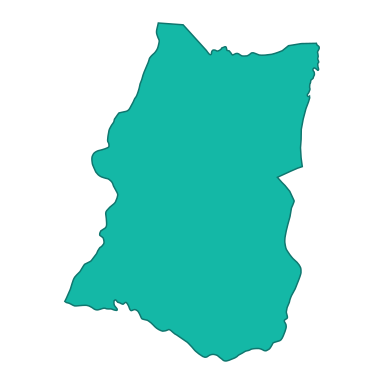 Aramecina, Valle, Honduras
{"feature_id": "27666195B66529854122091", "entity_name": "Aramecina", "entity_type": "district", "adm_level": 2, "iso_a3": "HND", "parent_name": "Honduras", "parent_adm1": "Valle", "projection": "robinson", "projection_center": [-87.695, 13.733], "detail": "fine", "context": "isolated", "style": "filled", "palette": "teal", "viewbox_px": 384, "rotation_deg": 0, "n_neighbors": 0, "source": "geoboundaries", "source_scale": "gbopen_adm2", "svg_char_len": 5898}
<svg xmlns="http://www.w3.org/2000/svg" viewBox="0 0 384 384"><path d="M316.4,43.3L301.3,43.6L288.5,45.7L282.3,50.7L278.5,52.2L275.0,53.4L271.7,54.3L265.0,55.1L261.7,55.2L259.2,55.0L254.6,53.2L253.3,52.8L252.5,52.8L251.7,52.9L251.1,53.2L249.4,54.6L247.5,55.7L246.7,55.9L244.8,56.0L242.9,56.0L242.0,55.9L240.6,55.2L238.7,53.9L237.9,53.6L237.1,53.4L236.4,53.5L235.7,53.6L233.2,54.8L232.7,54.9L232.4,54.9L231.7,54.2L230.7,52.7L229.2,50.9L227.1,50.4L226.8,49.8L226.5,48.4L226.2,47.3L225.7,46.8L225.0,46.7L221.7,48.0L221.3,48.9L220.5,49.6L219.5,50.3L218.2,50.9L217.5,51.0L216.8,51.0L216.4,50.8L215.6,50.3L214.2,50.0L213.5,50.0L212.8,50.2L212.2,50.8L211.8,51.5L211.5,52.5L211.5,53.6L211.3,54.1L210.8,54.6L210.3,54.7L209.6,54.4L209.0,53.9L207.3,51.8L206.5,50.6L183.1,24.8L158.3,23.0L157.9,24.8L156.9,29.0L156.6,30.5L156.5,32.0L156.6,33.3L157.0,34.8L158.0,37.6L159.0,39.8L159.2,40.6L159.2,41.6L158.9,43.3L158.2,46.3L157.7,47.9L157.2,49.1L156.7,50.0L155.5,51.8L154.4,53.1L152.5,54.8L151.2,56.1L149.9,57.7L149.4,58.6L148.7,61.0L148.1,62.7L144.2,71.9L143.0,75.2L141.8,79.5L140.1,83.9L139.2,88.1L138.2,91.5L137.3,94.1L136.4,96.2L135.9,97.0L134.7,98.6L133.1,102.2L129.9,108.1L129.4,108.9L128.7,109.8L127.6,110.7L126.3,111.3L119.5,112.8L118.9,113.0L117.8,114.4L114.5,119.1L114.3,119.8L114.0,121.3L113.7,122.1L113.0,123.2L111.5,125.3L110.5,127.1L109.5,129.0L109.0,130.5L108.0,136.1L107.6,140.1L107.7,141.0L107.8,141.6L108.6,143.1L108.9,144.2L109.0,146.1L108.9,146.5L108.7,146.9L108.2,147.4L107.4,147.8L105.0,148.8L101.8,149.8L98.2,150.7L97.2,151.1L96.0,151.7L94.8,152.5L93.7,153.5L92.9,154.9L92.2,156.4L91.9,158.0L91.9,159.8L92.0,161.1L92.4,164.0L92.9,165.4L94.0,168.0L95.2,170.7L95.8,172.0L96.9,173.3L98.0,174.6L99.1,175.5L100.1,176.2L101.7,177.0L103.5,177.6L105.4,178.2L107.2,178.6L108.2,178.9L109.4,179.7L111.0,181.1L112.0,182.3L112.5,183.2L112.9,184.2L113.5,186.0L117.2,192.8L117.7,194.3L117.7,195.0L117.6,195.8L117.0,198.1L115.7,201.3L115.2,202.4L113.8,203.9L109.8,207.2L106.8,210.5L106.3,211.3L105.9,212.1L105.8,212.8L105.7,213.7L106.3,218.5L106.6,222.9L106.6,224.8L106.4,226.1L105.9,227.2L105.1,228.1L100.9,230.8L100.1,232.4L99.8,233.3L99.7,234.0L99.7,234.8L99.9,235.4L100.9,236.1L102.5,237.3L103.0,237.8L103.2,238.1L103.7,239.7L104.0,241.6L104.0,242.7L103.7,243.8L102.9,244.9L102.0,246.0L101.3,246.7L100.0,247.5L99.3,248.4L97.8,250.8L96.6,253.6L91.4,260.5L90.9,261.0L90.0,261.6L85.2,264.0L84.5,264.4L83.2,266.3L80.0,271.6L76.7,274.9L74.7,277.2L73.9,278.6L73.2,280.2L71.8,284.4L70.6,288.4L70.1,289.8L66.3,298.4L64.8,301.4L66.3,302.5L69.0,303.2L70.5,303.9L73.3,305.4L74.7,305.9L76.5,305.9L82.3,305.4L84.5,305.3L86.3,305.3L87.7,305.6L88.8,305.9L90.1,306.5L92.1,307.6L94.2,309.1L95.4,309.6L96.2,309.8L97.1,309.9L98.2,309.8L100.1,309.3L102.5,308.5L103.9,308.2L104.5,308.2L105.3,308.3L106.2,308.7L107.8,308.9L111.1,308.9L114.2,310.0L116.1,310.4L116.6,310.4L117.0,310.2L117.2,309.9L117.2,309.4L117.1,309.0L116.9,308.6L114.9,306.1L114.4,305.4L114.2,304.7L113.9,303.2L114.0,301.5L114.1,300.8L114.7,300.2L115.2,299.9L115.7,299.9L117.7,302.2L120.1,303.0L121.3,303.7L122.5,304.1L123.0,304.2L123.4,304.0L125.1,302.6L125.6,302.4L126.0,302.4L126.7,302.9L127.6,304.2L128.7,306.3L129.7,309.0L130.2,309.8L130.7,310.4L131.1,310.6L131.6,310.6L133.3,309.9L134.4,309.6L135.0,309.6L136.2,310.0L137.7,311.0L138.5,312.1L139.6,314.1L141.3,317.9L141.7,318.5L142.0,318.8L142.9,319.2L147.1,320.2L148.3,320.8L149.9,322.0L151.2,323.0L155.2,327.0L156.6,328.2L158.6,329.5L160.9,330.6L162.5,331.1L164.0,331.0L165.8,330.7L168.1,329.8L168.9,329.5L169.5,329.7L170.3,330.1L171.1,330.7L173.0,332.4L174.8,333.9L176.6,334.9L187.2,342.2L188.4,343.3L191.9,347.0L194.6,350.2L195.6,351.2L198.9,353.9L202.8,356.5L204.8,357.2L205.9,357.2L207.1,356.8L209.2,355.4L210.8,354.7L212.5,354.4L213.6,354.4L214.8,354.6L216.3,355.0L217.4,355.5L219.8,357.5L221.9,359.1L223.1,360.2L223.8,360.6L224.8,360.9L225.8,361.0L226.7,360.9L228.9,360.3L234.8,357.9L236.8,356.7L238.3,355.3L239.1,354.8L242.3,353.1L245.1,351.4L246.1,351.0L248.7,350.4L249.7,350.0L251.2,349.2L252.0,349.0L253.7,348.7L256.4,348.5L258.7,348.5L259.8,348.7L261.1,349.1L262.5,349.7L263.7,350.4L264.6,350.7L265.4,350.8L266.3,350.7L268.9,349.3L269.7,348.6L270.5,347.5L272.0,345.0L272.8,343.4L273.3,342.8L274.5,342.3L279.7,340.7L280.3,340.3L281.0,339.8L281.5,339.1L282.2,338.1L283.3,335.8L285.1,331.2L286.1,327.8L286.2,326.3L286.0,324.7L285.4,323.3L284.5,321.9L284.3,320.9L284.4,320.3L284.6,320.0L286.9,318.5L287.2,318.1L287.4,317.7L287.4,317.0L287.3,316.2L286.5,313.2L286.3,312.0L286.6,310.3L287.1,307.6L289.3,302.4L289.9,299.8L290.9,297.0L291.6,295.4L295.2,288.8L299.1,278.9L300.2,275.8L300.8,273.7L301.0,272.6L301.0,270.5L300.9,269.0L300.6,267.7L299.9,266.3L299.1,264.9L297.8,263.3L297.1,262.4L293.1,258.7L291.7,257.1L289.9,254.8L288.0,252.0L286.7,250.0L286.1,248.7L285.7,247.4L285.2,244.9L284.8,242.2L284.8,240.3L285.0,237.6L285.4,235.3L286.2,231.1L287.7,225.0L290.0,216.6L291.4,208.3L291.7,207.4L292.6,205.4L293.7,202.6L294.1,201.4L294.1,200.7L289.8,191.4L285.0,185.5L281.9,182.4L277.4,177.3L290.9,171.1L297.3,168.3L302.3,166.6L301.1,157.9L300.5,147.8L301.1,139.6L301.3,129.3L303.2,119.1L305.9,108.8L308.5,101.9L309.7,97.9L309.5,96.1L308.8,96.6L308.4,96.6L308.1,96.5L307.6,96.1L307.3,95.6L307.3,95.2L307.4,94.6L307.5,94.2L308.4,93.2L308.9,92.3L309.9,89.7L309.9,88.5L309.6,87.3L309.8,84.1L310.2,83.5L310.4,82.9L310.6,82.1L310.7,81.0L310.9,80.2L312.9,78.5L313.2,78.0L313.5,76.8L314.4,74.9L314.4,73.7L314.2,72.1L314.0,71.8L313.5,71.2L313.1,70.4L312.9,69.8L312.9,69.4L313.4,68.5L313.9,68.1L314.2,67.9L314.8,68.1L315.7,68.6L317.6,70.2L317.9,70.3L318.2,70.2L318.4,70.0L318.6,69.6L318.5,68.4L318.0,67.0L317.7,64.2L317.7,63.8L317.9,63.3L318.6,62.5L318.7,61.7L318.4,60.8L317.9,59.6L317.7,58.9L317.7,58.5L318.2,56.4L317.9,54.0L317.5,52.1L317.8,51.2L318.4,50.2L319.0,49.0L319.2,48.2L319.2,47.6L319.1,47.0L318.8,46.4L317.1,45.0L316.6,44.1L316.4,43.3Z" fill="#14b8a6" stroke="#0f766e" stroke-width="1.5"/></svg>